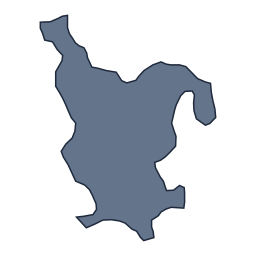 Neo Chorio Lefkosias, Cyprus (Equal Earth projection)
{"feature_id": "46923920B66080060660819", "entity_name": "Neo Chorio Lefkosias", "entity_type": "district", "adm_level": 2, "iso_a3": "CYP", "parent_name": "Cyprus", "parent_adm1": "", "projection": "equal_earth", "projection_center": [33.459, 35.22], "detail": "fine", "context": "isolated", "style": "filled", "palette": "slate", "viewbox_px": 256, "rotation_deg": 0, "n_neighbors": 0, "source": "geoboundaries", "source_scale": "gbopen_adm2", "svg_char_len": 1481}
<svg xmlns="http://www.w3.org/2000/svg" viewBox="0 0 256 256"><path d="M76.5,217.1L86.3,227.8L95.0,224.0L102.8,220.1L111.5,219.7L119.7,221.0L125.2,223.1L131.9,229.1L136.6,231.2L140.6,237.6L143.7,240.6L153.9,237.6L153.2,231.7L151.6,227.0L151.6,220.1L158.3,215.8L161.0,212.0L166.1,209.0L171.2,207.3L183.8,208.1L184.6,202.1L184.6,192.7L184.2,187.6L179.5,185.5L173.6,190.2L166.5,190.6L165.0,186.3L163.4,181.2L160.2,176.9L155.5,167.9L154.7,162.4L160.6,160.2L165.3,156.8L170.1,152.1L175.6,146.1L176.0,136.3L174.0,130.7L171.6,123.1L174.8,109.4L176.3,104.7L180.7,95.7L185.0,91.4L192.1,91.0L194.4,94.8L193.6,103.0L194.0,110.7L196.4,118.8L205.4,125.2L209.8,123.5L212.3,120.9L215.7,117.5L214.9,108.9L212.9,100.8L211.3,92.3L210.5,83.3L205.4,82.0L197.6,78.6L195.0,76.0L191.7,72.6L185.8,66.6L179.5,64.9L170.8,64.9L166.1,64.1L161.0,61.9L152.8,64.9L144.1,70.5L139.0,76.0L135.9,80.3L126.8,82.9L121.7,80.7L116.2,72.2L106.0,70.5L98.1,68.3L91.8,67.1L87.5,57.7L86.7,53.0L84.0,47.8L78.9,45.7L75.3,42.7L72.6,38.4L69.4,33.7L67.5,27.7L67.5,21.3L67.5,15.4L62.4,16.2L57.2,18.8L50.2,21.8L40.3,22.2L40.3,28.2L42.7,33.7L44.7,40.1L52.5,41.8L57.2,49.5L62.7,55.5L62.0,60.7L55.7,71.8L55.7,78.6L55.7,86.3L59.6,92.7L62.7,98.3L65.5,104.2L67.8,109.8L71.4,117.9L75.7,123.1L74.9,131.2L72.2,138.0L65.9,144.0L61.2,151.3L63.5,157.3L68.2,164.9L70.6,170.1L73.7,176.9L75.7,181.2L84.7,185.0L89.5,189.7L92.6,195.7L96.1,203.9L96.5,209.4L93.0,214.6L83.6,216.3L76.5,217.1Z" fill="#64748b" stroke="#1e293b" stroke-width="1.5"/></svg>